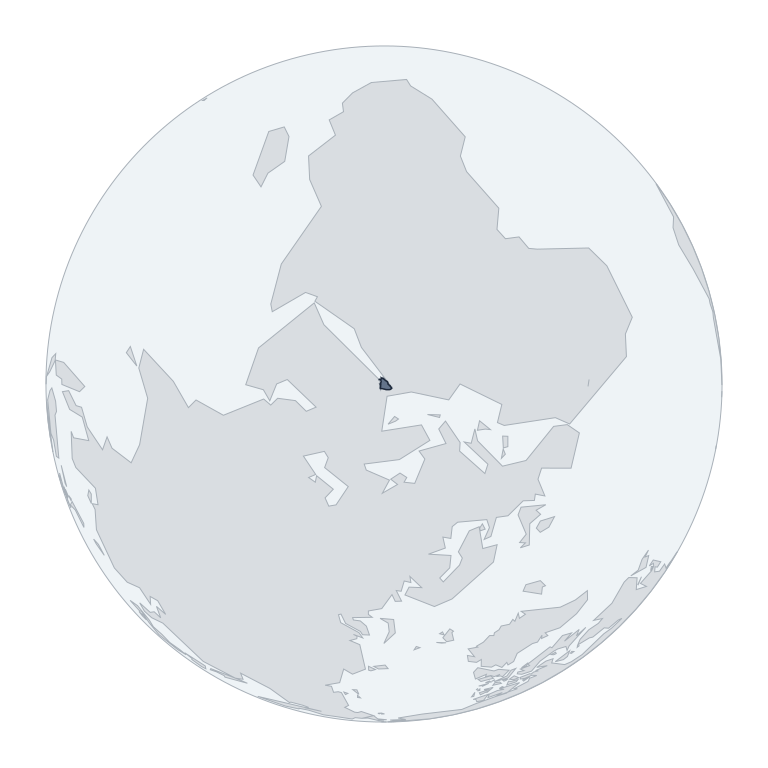 the Earth from above Janub Sina', rotated 170°
{"feature_id": "EGY-1557", "entity_name": "Janub Sina'", "entity_type": "Governorate", "adm_level": 1, "iso_a3": "EGY", "parent_name": "Egypt", "parent_adm1": "", "projection": "orthographic", "projection_center": [33.959, 28.827], "detail": "fine", "context": "on_globe", "style": "filled", "palette": "slate", "viewbox_px": 768, "rotation_deg": 170, "n_neighbors": 0, "source": "natural_earth", "source_scale": "10m", "svg_char_len": 12277}
<svg xmlns="http://www.w3.org/2000/svg" viewBox="0 0 768 768"><g transform="rotate(170 384 384)"><circle cx="384" cy="384" r="338" fill="#eef3f6" stroke="#a8b0b8"/><path d="M397.3,46.3L397.0,46.3L398.1,46.4L433.2,49.7L439.0,50.6L437.3,50.6L422.0,48.8L420.6,49.0L431.3,50.4L436.3,52.0L420.9,49.8L428.1,52.6L403.8,52.3L363.8,50.0L349.3,53.2L305.5,60.8L308.5,61.4L293.8,66.1L291.7,68.9L284.2,70.4L289.1,71.5L296.4,69.7L301.0,69.8L300.5,71.5L290.7,73.4L289.6,72.8L286.5,74.4L281.8,74.7L283.8,75.6L272.1,78.3L282.8,78.4L272.7,83.0L265.2,84.1L267.3,80.2L254.8,76.3L247.9,77.9L235.9,83.1L210.8,99.9L202.5,103.9L190.4,111.9L194.3,110.9L205.2,104.5L209.5,105.6L222.3,98.5L225.9,98.3L238.5,93.4L235.2,98.5L225.0,106.4L214.4,111.1L209.6,115.1L218.6,114.8L197.6,128.5L181.9,147.2L176.6,150.9L168.4,149.2L171.3,137.7L160.7,139.1L166.1,143.1L152.8,153.7L150.0,157.9L149.8,160.6L154.3,158.8L149.4,163.9L142.3,160.9L146.6,156.2L148.8,156.9L150.1,152.0L145.2,151.8L138.9,158.0L138.2,153.8L133.6,158.5L131.0,160.8L138.2,153.2L125.1,167.2L124.1,168.0L140.0,150.2L157.1,133.6L175.3,118.3L194.5,104.2L214.7,91.5L235.7,80.3L257.5,70.7L279.9,62.5L302.8,56.0L326.1,51.1L349.7,47.8L373.5,46.2L397.3,46.3ZM53.8,312.3L53.7,312.7L53.6,313.0L53.8,312.3ZM51.4,324.3L48.0,350.1L48.1,375.7L48.1,392.2L47.6,398.0L48.9,406.3L49.0,411.5L59.7,443.9L69.6,469.8L72.2,487.7L69.8,498.3L81.4,534.0L80.8,533.2L71.0,511.4L62.8,489.1L56.2,466.2L51.2,442.9L47.9,419.3L46.3,395.5L46.3,371.7L48.0,347.9L51.4,324.3ZM440.3,50.8L442.6,51.2L445.3,51.7L440.3,50.8ZM239.5,91.1L239.0,92.2L236.9,92.5L239.5,91.1ZM245.5,88.1L243.4,87.6L246.0,86.2L247.2,86.5L245.5,88.1ZM445.2,52.4L448.7,53.5L442.5,52.0L445.2,52.4ZM247.4,89.1L250.7,83.8L255.2,81.4L263.6,80.8L247.4,89.1ZM449.0,54.0L457.8,57.8L463.8,58.6L451.8,59.2L448.3,55.3L439.6,52.9L446.7,54.1L449.0,54.0ZM298.9,68.4L291.2,70.4L298.1,67.2L298.9,68.4ZM302.3,66.4L317.1,58.3L328.4,56.9L321.1,59.6L336.1,57.1L334.2,60.3L325.6,62.4L318.7,62.5L323.3,63.8L302.3,66.4ZM443.7,59.4L443.5,60.3L440.8,59.0L443.7,59.4ZM303.4,69.6L305.4,67.8L315.3,66.3L313.0,69.7L310.6,69.0L303.4,69.6ZM340.9,55.2L347.8,55.0L348.3,57.5L351.0,57.9L335.2,60.3L340.9,55.2ZM308.0,70.3L311.7,71.5L306.5,74.0L302.1,71.3L308.0,70.3ZM318.7,64.6L323.3,64.2L320.1,65.5L318.7,64.6ZM290.4,84.5L292.5,81.8L297.9,80.7L290.4,84.5ZM313.4,71.9L315.1,71.0L317.5,70.5L318.7,71.9L313.4,71.9ZM336.6,62.1L335.3,63.3L343.1,61.2L343.7,63.4L333.0,64.8L337.9,65.1L338.1,65.8L329.2,66.3L336.6,62.1ZM327.1,71.7L313.7,75.1L308.5,80.1L303.6,81.0L312.8,73.0L327.1,71.7ZM329.1,68.4L326.7,70.6L321.8,70.4L320.4,68.8L329.1,68.4ZM348.0,64.6L349.8,60.8L352.1,60.7L348.0,64.6ZM326.5,73.1L329.8,72.4L326.7,73.5L326.5,73.1ZM342.5,67.1L342.8,65.6L345.4,65.5L342.5,67.1ZM336.0,72.2L331.7,73.2L330.5,72.0L336.0,72.2ZM339.8,69.9L343.2,70.1L332.8,71.0L339.5,69.2L339.8,69.9ZM344.9,67.2L346.5,66.7L344.4,67.9L344.9,67.2ZM342.6,76.7L329.7,78.1L327.3,75.2L340.2,74.2L342.6,76.7ZM144.0,461.7L127.9,406.6L137.6,391.3L140.5,368.9L208.1,312.4L221.1,321.1L272.8,322.3L279.0,326.3L271.5,343.4L309.1,370.8L323.0,357.1L358.5,371.4L383.1,371.4L394.4,337.9L354.2,337.2L348.6,320.5L382.0,306.9L417.4,308.6L416.4,302.3L395.3,288.4L404.6,276.7L388.1,282.7L393.9,289.1L383.7,293.5L377.8,288.0L381.3,283.8L371.0,280.8L356.8,303.0L361.1,311.9L333.3,314.6L337.9,330.2L329.9,336.8L319.2,313.1L321.2,304.8L300.2,278.3L295.6,287.0L315.1,313.0L308.4,310.5L302.3,324.0L301.7,311.8L281.6,282.5L257.4,284.0L224.3,312.8L210.6,312.2L200.1,301.9L214.4,268.6L243.4,273.8L248.9,263.5L245.0,245.8L254.1,249.3L256.1,243.2L267.2,244.8L284.8,232.7L296.5,233.1L305.2,215.3L312.4,213.5L305.1,224.3L306.3,232.6L335.5,235.1L341.6,231.7L345.0,220.3L352.6,223.0L352.1,211.8L369.8,208.7L347.8,203.5L351.2,191.5L362.8,183.3L360.0,178.8L341.1,192.5L337.1,199.0L339.9,205.8L325.5,224.6L315.1,226.9L315.3,204.8L300.5,206.1L307.1,189.7L354.3,160.5L373.0,156.1L400.0,172.6L394.6,179.6L382.2,176.9L391.9,190.0L392.0,183.8L398.3,186.5L403.1,176.9L407.8,178.5L404.4,167.1L410.7,168.0L412.7,175.2L425.2,163.2L438.8,163.2L439.4,159.8L436.1,156.3L455.5,159.4L455.1,156.9L448.5,154.8L443.4,148.6L441.9,139.3L448.7,140.8L450.2,144.4L463.4,154.9L466.3,164.9L468.9,164.7L468.1,156.5L451.9,143.5L449.0,137.6L457.6,142.7L454.3,140.3L455.0,137.9L462.1,137.3L453.1,131.5L451.8,106.4L465.4,103.7L473.2,110.3L479.5,97.6L494.3,97.6L488.2,95.4L487.2,89.1L482.5,88.9L479.5,87.5L474.7,73.6L478.8,72.4L469.9,65.9L466.8,65.0L463.2,65.4L451.8,59.2L463.8,58.6L470.3,60.4L473.5,59.6L487.7,64.4L501.0,68.7L514.7,75.8L524.0,79.4L524.2,78.8L537.0,84.0L562.6,98.3L541.1,89.1L502.4,72.5L518.2,78.9L514.4,78.6L519.9,81.8L531.0,86.9L532.4,86.7L549.1,103.9L575.4,124.1L574.1,117.7L581.4,120.1L610.2,142.2L643.3,186.9L653.4,194.2L659.4,201.9L662.6,210.9L653.9,199.7L649.9,199.6L644.5,192.5L646.7,204.5L639.0,195.0L644.5,209.9L651.2,215.4L652.1,207.6L660.1,225.8L671.3,233.4L681.5,249.7L692.5,290.4L690.3,310.6L692.1,316.8L686.6,314.8L686.3,331.5L702.0,355.3L704.0,364.8L700.3,391.7L699.0,384.9L684.6,379.5L686.9,403.8L698.0,413.6L702.0,432.3L695.7,432.2L691.0,416.2L685.9,413.6L683.7,393.3L672.6,368.1L665.9,380.0L663.0,368.0L646.7,350.3L635.2,366.7L619.2,411.0L622.7,442.3L614.7,459.9L591.0,423.2L580.7,394.7L571.9,400.9L547.6,381.1L505.1,390.1L499.2,382.9L491.2,388.4L474.1,383.0L465.3,370.6L454.9,373.0L478.5,405.2L489.7,402.7L499.4,387.3L503.8,399.3L520.3,407.3L501.3,441.3L438.6,476.0L432.9,452.8L387.5,388.5L389.1,380.9L388.9,380.0L388.4,378.5L383.8,390.9L376.1,377.9L399.9,424.0L403.7,443.6L437.7,477.5L434.4,481.5L445.4,487.8L481.5,474.6L481.6,482.4L464.3,520.0L414.8,569.8L421.7,598.3L418.7,621.7L388.6,637.5L392.1,653.6L376.6,659.2L376.2,667.8L364.3,676.2L344.1,683.1L308.9,680.0L306.0,672.9L287.3,656.2L261.1,613.3L269.2,595.2L265.8,578.8L240.4,537.2L245.9,516.6L239.2,506.0L225.5,505.4L217.9,492.4L209.7,490.2L158.8,482.4L144.0,461.7ZM183.5,346.2L181.3,352.7L181.3,352.8L183.5,346.2ZM454.4,328.0L475.9,327.0L467.0,306.8L474.5,305.0L468.7,299.2L466.3,305.4L452.2,289.2L461.8,282.1L459.6,273.3L452.2,273.3L437.0,289.2L457.0,312.0L451.7,321.1L454.4,328.0ZM53.3,314.5L53.6,313.0L52.5,318.3L52.9,316.4L53.3,314.5ZM68.8,262.1L67.5,265.7L68.0,264.2L68.8,262.1ZM153.3,153.8L153.7,154.2L152.4,157.8L150.8,157.7L153.3,153.8ZM160.3,166.5L152.4,174.5L156.9,168.3L153.1,169.1L157.8,157.9L174.3,152.2L166.0,156.5L160.3,166.5ZM168.8,142.5L163.9,149.5L168.6,142.2L168.8,142.5ZM255.9,210.8L259.0,215.6L253.8,221.9L239.1,223.8L246.5,214.4L255.9,210.8ZM264.7,221.1L268.9,200.2L278.2,199.0L272.3,203.0L278.0,204.3L270.0,211.4L274.7,231.8L270.4,238.9L245.6,237.0L256.1,233.3L252.4,228.5L264.7,221.1ZM263.3,156.6L265.3,149.7L283.0,155.8L279.1,161.7L264.2,163.2L260.0,157.3L263.3,156.6ZM261.6,90.1L261.2,88.6L263.9,87.9L266.4,88.5L261.6,90.1ZM290.9,83.3L266.1,96.3L264.4,95.1L251.9,105.3L242.5,106.3L250.9,99.4L234.4,108.4L238.2,102.6L227.5,109.3L247.2,93.9L250.0,89.8L250.4,93.9L259.0,92.9L263.5,91.3L278.4,84.0L288.6,75.6L298.7,74.2L303.1,75.4L302.2,77.1L295.9,77.4L299.2,79.6L289.5,81.4L290.9,83.3ZM349.0,102.2L342.2,99.7L347.1,108.5L337.4,108.6L338.5,109.7L330.9,112.5L323.7,117.9L319.5,117.2L318.5,119.8L313.4,122.0L310.6,125.3L302.1,125.6L298.0,129.8L296.3,127.6L291.6,135.0L291.3,129.7L284.7,132.7L288.4,136.3L249.2,133.6L233.0,138.1L219.6,145.2L221.0,136.2L234.3,124.3L253.1,113.4L268.5,111.0L266.3,107.8L273.0,106.0L272.0,109.2L277.6,103.2L282.9,102.6L299.6,95.6L304.5,88.2L310.7,85.8L311.4,88.5L317.1,84.4L322.7,88.0L327.3,86.5L337.3,89.1L336.0,95.8L341.2,93.8L349.1,96.2L349.0,102.2ZM345.2,77.6L345.9,84.5L340.9,88.3L325.5,82.3L320.6,83.1L310.5,80.4L318.0,75.2L320.2,76.3L324.1,76.3L320.2,77.9L326.2,76.7L329.4,78.4L334.9,78.1L333.6,80.3L345.2,77.6ZM287.1,320.6L292.0,322.0L300.0,322.2L296.3,331.2L287.1,320.6ZM272.9,300.8L277.6,300.3L276.2,312.1L271.1,311.0L272.9,300.8ZM281.3,290.4L277.9,299.3L276.7,293.8L281.3,290.4ZM309.6,223.5L314.7,222.7L314.8,225.5L311.4,229.2L309.6,223.5ZM361.7,131.4L358.5,128.5L360.3,127.4L359.8,119.6L367.0,119.3L370.1,123.9L361.7,131.4ZM387.0,343.7L379.2,350.2L375.8,347.0L379.1,345.4L387.0,343.7ZM335.1,341.4L346.5,346.4L334.0,343.8L335.1,341.4ZM369.4,129.7L368.4,126.5L372.6,128.4L369.4,129.7ZM372.2,118.8L377.3,120.4L367.8,118.4L372.2,118.8ZM512.0,694.4L513.4,694.7L508.5,696.5L512.0,694.4ZM476.7,612.5L453.6,652.7L437.6,654.5L434.6,644.2L443.1,620.5L461.7,611.8L470.9,599.5L476.7,612.5ZM716.8,442.4L715.1,450.7L715.8,446.8L716.8,442.4L716.8,442.4ZM714.9,450.2L706.4,467.6L702.0,470.9L703.8,464.2L710.9,454.3L714.9,450.2ZM703.4,464.7L695.7,460.9L679.1,433.5L685.2,429.3L701.3,439.5L700.5,444.8L705.2,449.7L703.4,464.7ZM719.0,412.7L718.0,426.8L714.1,435.5L711.8,437.8L710.4,424.0L711.3,413.8L713.4,410.5L717.1,367.5L719.2,369.6L719.1,386.1L720.6,393.4L719.0,412.7ZM624.3,444.6L632.3,459.6L627.3,465.0L624.3,444.6ZM715.3,341.7L716.0,360.0L714.3,338.0L715.3,341.7ZM712.3,322.9L713.9,328.9L712.0,325.1L712.3,322.9ZM695.1,325.5L693.1,330.8L691.4,326.5L693.0,317.2L695.1,325.5ZM689.2,263.8L695.2,276.6L696.9,281.7L693.1,275.7L689.2,263.8ZM429.2,128.5L421.9,139.1L421.4,147.8L428.6,153.9L415.4,150.4L416.1,136.9L429.2,128.5ZM448.3,108.7L442.0,104.3L446.7,103.8L448.8,104.8L448.3,108.7ZM443.1,107.7L431.7,107.0L429.4,103.0L438.9,104.3L443.1,107.7ZM400.5,117.0L397.8,119.9L394.4,118.1L400.5,117.0ZM720.8,411.1L721.1,406.1L719.7,422.5L719.4,424.7L720.1,413.2L721.0,394.9L721.3,386.0L721.8,374.5L721.8,375.3L721.2,393.5L721.3,399.9L721.9,388.9L721.4,400.8L721.3,405.0L720.8,411.1ZM720.2,351.1L718.8,344.6L719.0,352.7L716.9,329.7L718.9,339.7L720.2,351.1ZM716.5,331.1L716.9,338.5L715.4,326.0L716.5,331.1ZM716.1,335.8L714.5,328.8L715.0,326.9L716.1,335.8ZM716.6,329.5L713.8,316.2L715.5,322.2L716.6,329.5ZM709.9,313.5L713.9,319.4L711.5,322.3L703.9,298.8L704.4,294.8L709.9,313.5ZM664.8,202.5L660.5,197.2L658.8,192.8L662.2,197.6L664.8,202.5ZM649.2,176.2L656.9,190.0L662.4,202.4L664.1,203.0L671.6,215.0L665.2,208.5L656.2,192.4L653.3,185.0L646.1,175.9L639.9,166.7L630.9,157.5L625.9,151.7L633.2,158.1L649.2,176.2ZM627.0,154.0L609.0,137.4L608.9,134.5L612.8,137.5L621.1,146.1L620.7,147.0L627.0,154.0ZM604.7,132.8L604.0,133.8L576.4,117.0L570.5,113.0L591.5,122.9L592.1,124.6L598.9,129.6L604.7,132.8ZM447.2,60.8L443.8,60.4L446.0,60.0L447.2,60.8ZM477.0,87.6L473.3,85.6L475.9,84.8L477.0,87.6ZM464.5,79.9L464.1,82.1L461.7,79.0L464.5,79.9ZM463.8,87.5L462.6,82.7L467.8,88.4L463.8,87.5Z" fill="#d9dde1" stroke="#a8b0b8" stroke-width="1"/><path d="M388.8,380.1L388.7,380.1L388.6,380.3L388.5,380.5L388.4,380.5L388.2,380.9L388.1,381.0L388.0,381.3L388.0,381.5L388.0,381.8L387.9,381.9L387.8,382.0L387.7,382.3L387.7,382.8L387.8,382.9L387.8,383.0L387.7,383.1L387.5,383.3L387.6,383.8L387.4,383.9L387.4,384.0L387.5,384.1L387.4,384.2L387.5,384.3L387.4,384.4L387.5,384.5L387.4,384.5L387.2,384.9L387.2,385.2L387.0,385.5L386.9,385.7L386.9,385.9L386.9,386.0L386.7,386.1L386.6,386.3L386.5,386.6L386.4,386.8L386.3,387.0L386.4,387.3L386.4,387.5L386.5,387.7L386.5,387.8L386.5,388.0L386.4,388.4L386.5,388.6L386.4,389.0L386.5,389.0L386.3,389.0L386.2,389.2L386.1,389.3L385.9,389.4L386.0,389.4L385.9,389.5L385.7,389.7L385.6,389.8L385.6,390.0L385.4,390.1L385.6,390.2L385.6,390.3L385.6,390.5L385.5,390.4L385.4,390.3L385.3,390.2L385.2,390.1L384.6,390.1L384.2,389.5L383.8,389.3L383.7,389.2L383.6,389.3L383.5,389.1L383.4,389.1L383.3,388.9L383.2,388.9L383.0,388.7L382.7,388.4L382.6,388.1L382.5,387.9L382.4,387.8L382.2,387.5L382.1,387.4L382.0,387.2L381.3,386.7L381.2,386.6L381.1,386.4L380.9,386.3L380.9,386.2L380.6,386.0L380.6,385.9L380.4,385.7L380.3,385.4L380.3,385.5L380.2,385.5L380.2,385.4L380.2,385.2L380.0,384.9L380.2,384.5L380.2,384.4L380.1,384.2L379.9,383.9L379.9,383.7L380.0,383.5L380.0,383.4L379.9,383.3L379.9,383.2L380.0,383.0L379.9,382.9L379.7,382.8L379.7,382.7L379.4,382.4L379.2,382.1L378.8,381.8L378.8,381.7L378.7,381.7L378.5,381.4L378.4,381.3L378.4,381.2L378.2,381.1L378.1,380.8L378.2,380.6L378.0,380.4L377.7,380.3L377.8,380.3L377.8,380.2L377.7,380.2L377.7,380.3L377.7,380.0L377.7,379.8L377.6,379.5L377.4,379.4L377.5,379.3L377.5,379.2L377.5,378.8L377.5,378.7L377.3,378.4L378.4,377.6L379.8,377.5L383.0,378.1L384.3,378.8L385.4,379.2L386.0,379.5L386.6,379.8L388.8,380.1ZM387.3,389.1L387.4,389.3L387.2,389.4L386.9,389.3L386.8,389.1L386.8,388.9L387.0,388.8L386.9,388.9L386.9,389.0L387.0,389.1L387.3,389.1L387.3,389.1ZM388.0,389.1L388.0,389.3L387.9,389.4L387.7,389.3L387.8,389.1L388.0,389.1Z" fill="#64748b" stroke="#1e293b" stroke-width="1.5"/></g></svg>